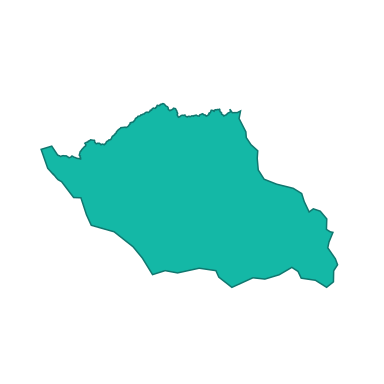 Kara-Kulja, Osh, Kyrgyzstan, rotated 190°
{"feature_id": "92254566B85310994889224", "entity_name": "Kara-Kulja", "entity_type": "district", "adm_level": 2, "iso_a3": "KGZ", "parent_name": "Kyrgyzstan", "parent_adm1": "Osh", "projection": "mercator", "projection_center": [74.361, 40.398], "detail": "fine", "context": "isolated", "style": "filled", "palette": "teal", "viewbox_px": 384, "rotation_deg": 190, "n_neighbors": 0, "source": "geoboundaries", "source_scale": "gbopen_adm2", "svg_char_len": 6005}
<svg xmlns="http://www.w3.org/2000/svg" viewBox="0 0 384 384"><g transform="rotate(190 192 192)"><path d="M169.1,280.1L168.9,279.6L168.7,279.3L168.5,279.1L168.4,278.8L167.9,278.3L167.8,277.8L168.6,277.2L169.1,276.7L170.0,276.2L170.7,275.5L171.1,274.7L171.5,274.4L171.6,274.1L172.0,273.7L172.7,273.4L173.3,272.8L173.7,272.6L173.9,272.4L174.0,272.4L174.3,272.8L175.2,273.5L176.3,273.7L176.5,274.0L176.6,275.0L177.0,275.2L177.8,275.7L177.8,275.8L178.1,275.8L178.5,276.2L178.6,276.4L178.7,277.1L178.9,277.5L179.0,278.1L179.2,278.3L179.5,278.3L179.7,277.9L180.0,277.7L181.0,277.7L181.6,277.6L182.0,277.2L182.5,277.0L183.0,277.1L183.3,277.1L183.8,276.7L184.0,276.3L184.0,276.0L184.3,275.3L184.7,275.4L185.2,275.9L187.2,275.9L187.3,275.5L187.5,275.1L187.5,274.3L187.7,273.7L187.8,273.2L188.2,273.1L188.5,273.0L189.1,272.4L188.8,272.0L188.7,271.3L188.9,271.0L189.6,270.6L189.8,270.3L190.4,269.8L190.6,269.5L190.7,269.3L191.3,269.5L191.6,269.4L192.2,270.0L192.5,270.2L193.0,270.1L193.9,270.1L194.3,270.5L194.5,270.5L194.8,270.8L195.4,270.9L196.6,269.9L197.6,269.5L197.8,269.1L198.0,268.5L198.0,268.1L198.4,268.1L199.4,267.8L200.6,268.2L201.1,268.5L201.7,268.3L201.9,268.0L203.1,267.7L203.3,267.6L203.3,267.4L203.5,267.1L203.7,266.9L204.2,267.1L205.6,266.9L206.0,266.4L206.3,266.3L206.5,266.0L207.3,265.8L207.8,266.1L208.1,266.1L208.2,265.9L208.6,265.9L209.2,265.6L209.5,265.1L209.8,265.0L210.1,265.3L211.2,265.4L211.5,265.6L212.2,266.2L212.4,266.6L213.3,266.0L213.7,265.9L213.8,265.9L214.2,266.1L215.9,265.5L216.2,265.2L216.5,264.6L217.1,264.2L217.2,263.9L217.6,263.8L218.2,263.3L218.6,263.5L219.0,264.2L219.5,264.6L219.7,264.8L219.7,265.1L220.0,265.5L220.0,265.8L219.9,265.9L219.8,266.2L219.8,267.1L220.2,267.4L220.3,267.7L220.5,267.7L220.9,268.7L220.9,268.9L221.2,269.4L221.8,269.8L222.0,270.3L222.4,270.6L222.6,271.1L223.2,271.3L223.6,271.2L224.6,271.4L224.8,271.2L225.1,270.9L225.1,270.4L225.3,270.0L225.9,269.8L226.1,269.6L226.5,269.1L227.0,269.1L227.5,268.8L227.5,268.5L227.8,268.3L227.9,268.5L228.2,268.5L228.4,268.7L229.1,268.9L229.6,269.1L229.8,269.4L229.9,270.2L230.3,271.1L231.0,271.7L231.3,271.7L231.8,272.0L232.8,272.2L233.7,273.0L234.1,273.5L235.3,274.0L236.1,274.0L236.2,273.9L236.6,273.7L236.9,273.5L237.0,273.1L237.9,273.0L238.2,272.9L238.5,272.6L238.6,271.7L238.8,271.5L239.1,271.7L239.5,271.3L240.0,271.4L240.4,271.3L240.7,271.3L241.1,271.4L241.3,271.3L241.3,271.0L241.6,270.6L241.5,270.1L241.6,269.7L241.8,269.4L241.8,269.2L242.1,269.2L242.4,269.0L242.5,268.3L242.6,268.0L243.6,267.9L244.1,267.8L244.5,268.0L245.2,267.5L245.4,267.2L245.6,267.1L245.9,266.2L246.1,265.9L246.1,265.5L246.2,265.4L246.8,265.5L247.3,265.3L247.4,265.1L247.4,264.2L248.1,263.5L248.6,262.8L249.3,262.7L249.8,262.9L250.4,262.8L250.7,262.6L251.1,262.5L251.4,262.2L251.8,262.0L252.0,261.6L252.3,261.1L252.5,260.7L253.4,260.4L253.7,260.2L253.8,260.2L254.1,259.9L254.3,259.7L254.5,259.6L254.8,259.3L255.3,259.1L255.7,259.1L255.8,258.6L256.1,258.2L256.8,257.7L257.6,257.4L258.2,257.3L258.5,257.0L258.6,256.4L258.7,256.1L259.3,255.7L259.4,255.4L259.7,255.3L259.9,255.0L260.3,254.8L260.5,254.4L260.6,254.0L260.6,253.7L260.8,253.0L260.8,252.7L261.1,252.2L261.5,251.9L261.7,251.6L261.7,251.3L261.9,251.0L262.3,250.7L262.6,250.3L263.1,250.4L263.4,250.2L263.6,250.1L264.1,249.5L264.7,249.4L264.8,249.5L264.9,249.4L265.0,248.5L264.9,247.9L265.6,247.1L266.3,245.5L266.5,245.3L267.1,244.9L267.7,244.2L268.3,244.0L268.6,244.2L269.2,244.3L269.7,244.0L270.2,243.9L270.8,243.7L271.5,243.5L273.3,243.0L273.5,242.3L274.6,241.4L274.7,241.1L275.5,240.3L275.6,240.0L276.0,239.7L276.2,239.1L276.7,238.4L277.0,237.8L277.0,237.6L276.8,237.2L277.3,236.4L277.8,236.2L277.9,235.9L278.2,234.8L278.9,234.4L279.0,234.1L279.3,233.7L280.0,233.2L280.0,232.9L280.4,232.3L280.5,231.7L280.5,231.1L280.9,230.4L281.0,229.8L281.2,229.4L281.5,229.3L282.0,229.2L282.6,228.8L283.0,228.8L283.5,227.9L284.0,227.4L284.3,227.4L284.7,226.9L285.1,226.3L285.3,225.8L285.2,225.4L285.4,225.0L285.5,224.6L285.7,224.3L286.2,224.2L286.6,223.3L287.0,223.3L288.1,223.7L288.3,223.6L288.6,223.6L289.0,223.4L289.5,222.9L289.9,222.7L290.2,223.0L290.4,223.3L290.8,223.4L291.6,223.9L292.0,223.8L292.5,223.6L293.1,223.8L293.6,223.4L293.9,223.3L294.5,222.9L294.8,222.9L295.3,223.3L295.5,223.5L296.5,224.1L296.5,224.5L296.8,225.6L297.1,226.0L298.2,225.8L301.0,225.8L301.1,225.7L301.2,225.4L301.4,225.0L301.8,224.7L302.0,224.7L302.3,224.6L302.6,224.1L303.1,223.9L303.4,223.2L303.4,222.9L304.2,222.8L304.6,222.6L306.0,221.4L305.1,220.4L304.7,220.1L304.8,219.2L305.0,219.0L304.9,218.6L305.4,218.2L306.0,217.7L306.6,216.7L306.9,216.1L307.1,216.0L307.4,215.4L307.5,215.3L307.8,214.9L308.1,214.3L308.1,214.0L308.2,213.7L308.4,213.5L308.5,213.0L308.8,212.9L309.2,212.1L309.2,211.8L309.2,210.9L309.3,210.3L309.3,210.0L309.4,209.7L309.4,208.6L308.3,208.1L308.5,207.6L308.3,206.9L307.8,206.6L307.6,206.2L307.4,205.4L307.4,205.1L308.5,205.3L310.1,205.2L310.7,205.2L310.9,205.3L311.5,205.2L311.6,205.3L312.6,205.6L314.7,205.9L315.4,206.3L316.3,206.6L316.8,206.4L317.0,205.8L317.4,205.3L318.7,204.5L319.0,204.4L319.2,204.5L319.9,204.6L320.0,204.7L320.3,205.1L320.7,205.3L321.4,205.3L321.7,205.6L322.3,205.8L323.0,205.6L323.9,205.4L324.3,205.5L325.3,205.4L326.5,204.9L327.2,204.3L327.5,204.1L328.7,204.7L329.0,204.6L329.5,204.7L330.2,205.0L330.6,204.9L338.1,212.8L348.0,207.8L338.2,190.3L330.9,184.6L332.2,186.1L328.3,182.6L326.1,180.9L322.2,179.5L307.6,166.0L300.4,167.0L292.0,151.3L285.4,141.7L261.8,139.3L240.5,127.8L229.4,118.3L216.5,103.8L204.8,109.9L192.2,109.8L171.7,118.2L154.8,118.7L150.8,112.8L136.2,105.0L117.1,118.1L105.1,118.9L91.8,125.6L80.6,135.1L73.8,132.2L69.5,126.1L55.1,126.5L42.9,121.5L37.1,128.1L38.8,139.0L36.0,145.6L39.2,151.1L48.6,160.6L48.4,166.6L46.2,176.7L49.0,176.8L53.1,178.5L54.6,188.9L62.4,195.4L69.6,196.5L73.2,192.7L79.8,202.0L83.7,209.5L92.9,213.2L110.0,214.4L123.2,217.1L130.6,225.2L133.6,236.5L134.4,244.0L142.2,248.9L148.0,255.0L149.4,260.6L158.4,272.5L158.3,280.2L161.1,278.1L166.1,277.1L169.1,280.1Z" fill="#14b8a6" stroke="#0f766e" stroke-width="1.5"/></g></svg>